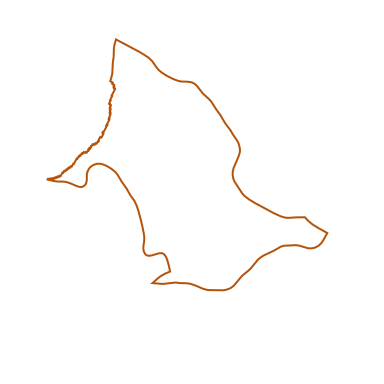 the district of Fundación, Barahona, Dominican Republic, rotated 208°
{"feature_id": "3306468B48518895695140", "entity_name": "Fundación", "entity_type": "district", "adm_level": 2, "iso_a3": "DOM", "parent_name": "Dominican Republic", "parent_adm1": "Barahona", "projection": "robinson", "projection_center": [-71.129, 18.263], "detail": "fine", "context": "isolated", "style": "outline", "palette": "amber", "viewbox_px": 384, "rotation_deg": 208, "n_neighbors": 0, "source": "geoboundaries", "source_scale": "gbopen_adm2", "svg_char_len": 3548}
<svg xmlns="http://www.w3.org/2000/svg" viewBox="0 0 384 384"><g transform="rotate(208 192 192)"><path d="M80.4,222.7L88.3,218.4L95.1,214.2L98.4,212.9L102.1,212.2L109.8,211.7L130.7,211.8L138.1,212.2L143.6,213.1L146.8,214.2L159.4,221.2L161.9,223.3L163.9,225.8L165.5,228.8L166.5,232.6L167.5,244.4L168.1,248.3L168.7,250.2L170.3,253.1L173.6,256.7L176.3,258.6L182.0,261.5L187.5,264.8L195.0,268.3L203.2,273.3L209.2,276.2L217.5,280.9L220.7,282.0L228.8,284.1L237.2,287.9L240.2,288.7L243.4,288.7L244.9,288.4L247.7,287.3L253.1,284.6L256.5,283.6L262.0,282.9L269.5,282.8L275.0,283.3L278.5,284.0L281.7,285.3L288.7,288.9L294.0,290.3L303.5,291.0L330.7,291.0L329.6,285.7L328.5,282.4L324.8,274.9L322.3,268.3L318.0,259.2L317.1,255.8L316.2,251.4L313.5,251.4L313.5,250.6L312.8,250.6L312.8,249.9L310.8,249.9L310.8,248.3L310.1,248.3L310.1,247.6L309.5,247.6L309.5,246.8L308.2,246.8L308.2,239.2L307.5,239.2L307.5,234.6L306.8,234.6L306.8,231.5L306.2,231.5L306.2,230.8L304.8,230.8L304.8,230.0L304.2,230.0L304.2,227.7L303.5,227.7L303.5,226.9L302.8,226.9L302.8,225.4L302.2,225.4L302.2,223.9L301.5,223.9L301.5,223.1L300.8,223.1L300.8,221.6L300.2,221.6L300.2,218.5L299.5,218.5L299.5,217.0L298.9,217.0L298.9,211.7L298.2,211.7L298.2,210.9L298.9,210.9L298.9,210.1L298.2,210.1L298.2,203.3L298.9,203.3L298.9,202.5L298.2,202.5L298.2,201.7L297.5,201.7L297.5,197.9L298.2,197.9L298.2,197.1L298.9,197.1L298.9,193.3L298.2,193.3L298.2,192.6L298.9,192.6L298.9,190.3L299.5,190.3L299.5,189.5L300.2,189.5L300.2,188.0L301.5,188.0L301.5,187.2L302.2,187.2L302.2,184.9L302.8,184.9L302.8,183.4L302.2,183.4L302.2,182.6L302.8,182.6L302.8,181.9L303.5,181.9L303.5,180.3L302.8,180.3L302.8,179.6L303.5,179.6L303.5,177.3L304.8,177.3L304.8,176.5L306.2,176.5L306.2,175.0L306.8,175.0L306.8,174.2L307.5,174.2L307.5,171.9L308.1,171.9L308.1,170.4L308.8,170.4L308.8,167.4L309.5,167.4L309.5,161.2L310.1,161.2L310.1,158.2L310.8,158.2L310.8,156.7L311.5,156.7L311.5,155.9L312.1,155.9L312.1,154.4L312.8,154.4L312.8,152.8L313.5,152.8L313.5,151.3L314.1,151.3L314.1,150.5L314.8,150.5L314.8,148.3L315.5,148.3L315.5,144.4L316.1,144.4L316.1,143.7L316.8,143.7L316.8,142.9L317.5,142.9L317.5,142.1L318.1,142.1L318.1,141.4L318.8,141.4L318.8,140.6L319.4,140.6L319.4,139.9L320.1,139.9L320.1,139.1L320.8,139.1L320.8,138.3L322.1,138.3L322.1,137.6L322.8,137.6L322.8,136.8L324.1,136.8L324.1,136.0L325.4,136.0L325.4,135.2L318.6,137.0L315.7,138.1L310.0,141.0L306.9,142.0L303.6,142.5L295.8,143.2L293.0,143.9L291.8,144.6L290.7,145.7L290.0,147.1L289.6,148.5L289.6,150.0L290.3,152.8L292.9,157.7L293.8,160.7L293.9,164.2L293.6,165.9L292.2,168.9L290.1,171.4L288.9,172.5L285.9,174.0L284.2,174.4L280.8,174.9L277.4,174.9L273.9,174.6L268.8,173.6L265.7,172.2L258.9,168.1L251.5,164.4L244.8,160.1L238.8,157.2L234.5,154.0L230.5,150.2L225.4,144.8L219.4,138.0L215.3,133.0L213.4,130.4L211.9,127.8L210.8,125.2L209.5,121.4L208.3,119.0L206.7,117.0L204.7,115.5L203.6,115.0L202.4,114.9L201.1,115.1L200.0,115.5L197.9,117.0L192.1,122.6L189.9,123.8L188.6,124.0L187.2,123.8L184.6,122.6L182.3,120.7L178.8,117.1L174.0,111.5L177.5,107.2L180.1,103.1L181.6,99.8L184.1,93.0L174.7,97.1L172.1,98.8L163.8,104.5L160.5,105.6L153.7,109.0L150.6,110.1L145.6,111.0L137.1,111.7L132.1,112.8L119.4,119.3L117.9,120.1L115.4,122.2L113.3,124.7L112.4,126.0L111.0,129.2L108.5,141.3L105.3,149.0L104.2,152.3L102.1,162.9L100.7,166.4L98.9,169.6L92.3,178.4L88.0,185.3L85.9,187.5L75.4,193.8L72.4,194.9L62.8,196.9L59.9,198.4L57.4,200.5L55.5,203.2L54.7,204.7L53.7,208.2L53.4,211.8L53.3,219.3L63.8,219.5L70.0,219.9L76.0,221.1L80.4,222.7Z" fill="none" stroke="#b45309" stroke-width="2"/></g></svg>